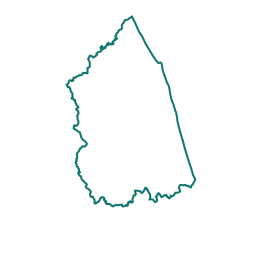 outline of Mahanoro, Atsinanana, Madagascar, rotated 321°
{"feature_id": "10022922B42807663031303", "entity_name": "Mahanoro", "entity_type": "district", "adm_level": 2, "iso_a3": "MDG", "parent_name": "Madagascar", "parent_adm1": "Atsinanana", "projection": "mercator", "projection_center": [48.476, -20.043], "detail": "fine", "context": "isolated", "style": "outline", "palette": "teal", "viewbox_px": 256, "rotation_deg": 321, "n_neighbors": 0, "source": "geoboundaries", "source_scale": "gbopen_adm2", "svg_char_len": 5717}
<svg xmlns="http://www.w3.org/2000/svg" viewBox="0 0 256 256"><g transform="rotate(321 128 128)"><path d="M147.7,210.4L148.3,209.0L148.9,205.7L151.9,198.6L154.0,192.8L157.6,183.8L159.9,178.2L162.5,172.7L166.1,163.7L169.8,155.7L171.2,152.9L172.7,150.9L175.2,146.0L175.7,144.2L178.0,138.6L180.2,132.0L180.9,130.9L182.4,127.6L185.6,122.4L186.3,120.5L186.9,117.0L188.7,112.3L190.7,106.5L191.7,104.2L194.2,100.1L194.7,98.7L194.4,97.6L192.4,96.6L192.3,93.8L192.6,88.9L194.7,73.6L196.0,68.5L196.6,65.6L196.9,63.3L197.2,59.7L199.5,51.5L201.2,43.9L197.5,43.5L196.9,43.7L196.0,43.6L193.8,42.3L191.7,42.8L191.3,43.3L188.8,43.8L187.4,44.7L186.8,45.5L186.3,46.7L185.9,46.9L184.9,47.0L182.7,46.3L182.1,46.3L181.4,47.1L179.9,47.1L179.0,47.4L178.3,47.3L177.6,48.4L177.0,48.6L175.9,48.6L175.8,48.8L175.6,49.7L175.9,51.3L175.8,51.7L175.5,51.7L174.8,51.4L174.1,51.3L173.6,50.7L173.3,50.8L173.2,51.6L170.5,51.3L169.9,51.9L170.0,53.0L169.8,53.4L168.8,53.3L168.6,53.2L168.7,52.5L168.5,52.0L168.0,51.9L167.2,52.2L166.7,51.3L166.3,49.8L166.1,49.9L165.6,51.0L164.9,51.0L164.8,50.7L164.9,50.4L165.4,49.6L165.1,49.4L164.9,49.4L163.5,50.5L161.9,50.4L161.0,51.5L160.6,51.3L160.2,50.6L159.9,50.6L159.0,51.2L158.5,51.2L158.3,51.1L158.3,50.8L159.0,49.5L158.9,48.7L159.4,48.0L159.2,47.8L157.9,47.9L157.3,48.2L156.5,49.6L156.2,50.9L155.9,51.3L155.5,51.4L154.9,51.2L154.3,51.2L152.0,50.2L150.6,50.2L150.3,50.4L150.3,51.3L150.1,51.5L148.7,51.4L147.9,51.9L147.0,51.5L146.0,51.6L145.2,51.2L145.2,49.9L144.9,48.8L144.0,48.0L143.4,47.9L142.5,48.4L141.9,49.0L140.9,49.0L140.5,49.2L140.2,49.7L140.1,51.3L139.8,52.3L139.5,53.0L138.5,54.1L137.6,55.7L136.8,56.2L135.3,56.3L134.4,55.9L134.1,56.0L133.7,56.8L132.4,58.3L132.0,58.5L131.1,59.9L130.9,60.0L130.1,58.8L128.6,57.8L127.7,56.9L126.8,57.5L125.5,57.5L124.2,57.0L123.8,56.5L123.5,56.4L122.0,56.2L120.9,55.7L119.7,55.9L118.8,55.7L118.1,55.1L117.2,54.7L116.7,55.4L116.4,55.6L115.5,55.7L115.4,56.5L114.1,56.4L113.7,55.8L113.3,54.7L112.5,54.2L111.3,54.7L110.6,55.2L109.6,55.5L109.1,55.9L108.0,55.9L107.6,55.8L107.5,56.8L107.0,58.1L107.1,58.4L108.0,59.1L107.7,60.2L108.0,60.9L107.5,61.7L107.3,62.4L106.9,62.8L106.4,64.2L106.6,65.4L106.4,66.1L106.0,67.1L105.3,67.6L104.7,68.9L103.1,69.3L102.7,69.6L102.8,69.8L103.7,70.6L103.5,71.7L104.3,72.4L104.4,72.9L104.2,73.2L103.8,73.3L103.6,74.1L103.1,75.1L102.9,76.6L102.4,78.0L102.6,80.5L102.1,80.9L101.8,80.9L100.0,80.5L99.7,80.7L99.3,81.5L99.9,83.7L99.3,84.4L99.0,85.2L98.7,85.6L97.6,85.8L96.1,86.5L95.4,88.1L94.5,89.2L93.5,92.0L92.3,93.0L90.7,93.9L89.5,93.9L88.8,93.5L88.3,92.4L87.9,92.2L87.5,92.2L86.4,93.2L85.8,94.0L85.5,94.2L85.6,94.9L86.4,96.4L86.8,97.6L86.8,99.0L87.2,99.8L87.7,100.4L87.8,101.1L87.6,102.0L86.9,103.1L86.6,104.2L85.6,106.6L85.6,109.3L86.2,111.2L86.3,112.5L86.2,114.3L85.6,114.8L83.6,115.3L82.3,114.9L81.8,114.3L80.9,113.5L79.0,114.1L77.5,113.8L76.8,114.5L74.2,115.3L72.9,115.5L72.2,115.9L71.3,116.8L71.0,117.7L70.0,118.8L69.5,119.2L69.0,119.7L68.4,119.9L67.9,120.6L67.8,120.3L67.3,121.0L66.8,121.3L66.6,121.2L66.4,121.3L65.3,122.4L65.3,123.0L65.5,123.7L64.5,124.6L64.2,125.4L64.1,125.9L64.5,126.9L64.1,127.3L64.1,128.2L63.9,128.5L64.0,129.2L63.3,129.6L63.1,130.0L63.0,130.5L62.9,132.1L62.5,132.3L62.2,132.1L61.9,131.9L61.6,131.2L61.4,131.2L61.2,131.3L60.7,132.3L60.5,133.2L60.5,134.9L61.0,135.7L61.0,136.0L60.8,136.6L59.9,138.1L59.8,139.6L60.2,141.2L59.9,141.7L59.9,142.3L60.6,145.2L60.3,146.2L58.3,146.9L58.0,147.5L58.0,148.5L58.5,149.4L59.2,151.8L59.1,154.0L58.6,154.6L56.9,155.3L56.0,157.0L56.0,158.1L56.2,158.5L57.3,159.1L57.3,159.6L56.9,160.6L57.1,161.8L57.0,162.3L55.9,164.2L54.9,164.7L54.8,165.0L55.0,165.3L55.0,166.2L55.2,166.3L56.1,166.5L58.0,166.3L58.8,166.8L59.2,166.5L60.0,166.6L61.8,165.3L62.4,165.3L63.0,165.6L64.0,165.2L64.9,165.9L65.3,166.5L65.4,167.8L65.0,168.5L64.3,168.3L64.1,168.5L64.2,169.2L64.1,169.6L64.4,169.9L64.4,170.4L64.8,171.2L64.3,171.7L63.9,171.2L63.8,171.3L63.7,171.8L63.8,172.3L63.4,172.9L63.4,173.2L63.9,173.4L64.1,173.6L64.1,174.1L65.1,174.7L65.3,175.2L66.0,175.7L66.0,176.3L66.4,177.0L66.4,178.3L66.9,179.3L67.4,179.6L67.8,179.3L68.6,179.5L69.9,180.3L70.8,180.4L71.0,180.7L71.2,181.4L71.6,181.7L74.7,183.3L75.0,184.3L74.4,184.8L74.3,185.0L75.0,186.0L76.9,186.8L77.8,186.7L78.1,187.5L78.6,188.1L79.1,188.1L79.5,187.8L79.7,187.1L80.2,187.1L80.8,186.5L80.9,186.1L81.5,185.9L81.9,185.9L82.6,186.5L83.3,186.3L83.5,186.4L83.1,187.3L83.4,187.4L83.6,187.3L84.0,188.3L84.4,188.3L84.6,188.0L85.1,188.4L86.1,187.1L87.1,185.7L88.5,185.2L89.5,184.2L90.6,184.1L90.9,184.3L91.4,184.8L92.3,184.5L93.1,182.9L93.2,182.1L93.6,181.4L94.1,181.2L94.6,181.3L95.6,182.5L96.1,182.9L96.9,184.3L97.6,184.6L97.8,185.2L97.6,186.7L97.9,187.3L99.5,187.2L102.7,186.0L103.1,186.4L103.4,186.2L104.0,185.4L104.2,185.6L104.5,187.1L104.1,187.8L104.4,188.4L103.8,189.4L103.9,190.1L103.4,191.8L103.5,193.1L102.3,195.0L102.2,195.5L99.8,197.1L100.0,197.4L101.0,197.7L102.1,199.1L102.4,200.0L102.5,201.4L102.2,202.1L102.8,202.9L104.2,203.0L104.9,202.6L105.8,201.6L106.5,199.0L107.3,198.7L108.5,199.0L109.6,197.8L110.1,197.7L110.7,198.0L111.0,198.9L110.9,200.8L110.5,202.1L110.6,202.8L112.5,203.3L113.3,203.0L113.8,203.1L114.3,203.8L114.6,204.0L114.9,203.8L115.4,203.9L115.7,204.4L115.2,205.6L115.1,206.3L115.7,207.0L115.5,208.0L115.7,208.5L116.8,208.6L117.2,208.4L117.6,208.6L118.0,208.2L118.7,208.4L118.8,208.1L119.0,208.5L121.3,209.2L121.7,208.9L123.0,208.6L124.0,208.1L125.0,209.0L126.1,209.5L127.3,210.0L128.5,210.0L129.0,209.8L129.9,206.6L131.1,205.6L132.5,205.2L133.1,205.4L133.9,205.9L135.2,207.7L136.2,207.9L136.6,208.2L137.2,209.8L137.6,210.2L138.2,210.5L138.4,210.9L138.6,212.4L139.0,212.6L139.2,213.4L139.5,213.7L140.0,213.6L141.1,212.7L143.4,212.4L144.7,211.6L145.9,211.4L147.7,210.4Z" fill="none" stroke="#0f766e" stroke-width="2"/></g></svg>